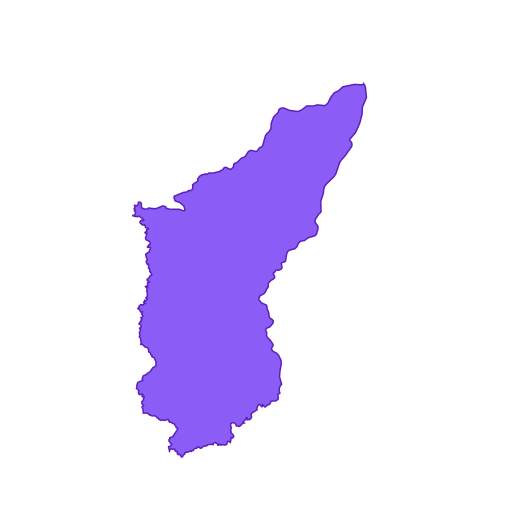 outline of Apiacás, Mato Grosso, Brazil, rotated 47°
{"feature_id": "56859067B14827025297108", "entity_name": "Apiacás", "entity_type": "district", "adm_level": 2, "iso_a3": "BRA", "parent_name": "Brazil", "parent_adm1": "Mato Grosso", "projection": "albers", "projection_center": [-57.774, -8.585], "detail": "fine", "context": "isolated", "style": "filled", "palette": "violet", "viewbox_px": 512, "rotation_deg": 47, "n_neighbors": 0, "source": "geoboundaries", "source_scale": "gbopen_adm2", "svg_char_len": 6153}
<svg xmlns="http://www.w3.org/2000/svg" viewBox="0 0 512 512"><g transform="rotate(47 256 256)"><path d="M155.7,290.2L153.2,296.8L150.1,299.9L147.8,301.6L147.1,304.0L145.8,305.4L143.1,306.7L141.5,306.0L139.5,304.1L138.0,303.9L136.7,304.8L136.6,305.4L138.1,307.6L138.2,308.5L136.1,310.3L138.0,311.5L138.3,312.9L139.5,312.7L139.8,314.0L141.9,314.1L143.5,317.0L142.4,318.0L142.5,318.6L144.3,317.7L146.4,315.8L147.3,314.1L149.9,313.9L151.0,313.3L153.1,313.5L152.9,314.8L151.6,315.3L151.8,317.5L152.7,318.2L156.2,317.8L157.0,316.2L160.1,317.3L161.4,316.2L162.6,316.0L162.9,316.5L162.1,318.0L163.4,318.9L163.4,320.0L163.0,320.3L163.2,321.3L164.3,321.3L165.2,320.3L167.4,324.5L168.9,325.4L173.0,324.0L174.3,324.5L175.2,325.7L174.8,326.8L175.4,329.3L175.8,329.5L177.2,327.4L178.1,327.5L180.1,331.7L179.4,335.1L179.7,335.7L182.8,337.5L184.2,337.7L184.7,338.2L184.9,339.8L186.9,341.1L188.0,341.1L188.6,340.2L191.7,342.9L193.0,342.6L195.0,344.4L195.9,344.2L198.7,345.0L198.2,347.2L198.9,348.1L198.9,351.5L199.2,352.1L202.2,351.8L201.4,353.0L201.7,353.7L204.6,356.2L203.4,356.5L202.9,357.6L206.4,358.3L206.9,359.9L207.7,360.0L210.6,362.1L211.4,363.7L211.4,365.0L211.9,365.2L213.1,364.6L213.5,365.0L213.6,367.0L212.5,367.6L213.2,368.0L213.1,369.6L215.0,369.3L214.5,370.8L214.9,371.7L212.9,373.4L213.0,375.8L214.0,376.9L213.8,378.2L216.8,377.7L217.2,378.2L218.4,378.5L219.4,377.1L220.5,378.6L220.3,379.2L222.7,379.5L223.1,380.5L222.6,382.2L223.9,382.3L224.3,383.4L224.9,383.2L225.1,385.4L225.8,385.6L225.5,386.9L225.8,387.9L227.2,387.5L229.1,387.8L229.7,388.8L229.4,390.2L229.7,390.6L230.4,390.3L230.9,390.7L231.8,391.7L232.4,393.5L234.4,394.7L235.6,396.5L236.4,396.3L238.0,396.9L239.0,397.9L240.9,398.7L242.0,400.6L243.5,399.3L247.0,399.2L249.1,397.9L251.0,398.2L252.8,399.9L254.7,399.3L256.0,400.1L257.9,399.9L258.6,400.8L261.1,399.9L265.8,401.6L266.5,402.7L267.8,403.6L267.9,406.0L267.3,407.4L268.4,412.5L267.8,415.1L267.8,417.7L267.0,418.9L266.8,420.5L268.3,423.2L269.1,423.3L269.8,424.1L268.6,426.3L267.9,428.8L269.5,431.7L270.6,432.3L271.3,433.8L274.5,433.4L275.4,434.9L277.2,435.9L278.0,435.7L279.6,433.1L280.2,433.2L280.7,435.0L282.0,434.8L282.2,433.7L282.7,433.7L284.7,437.3L284.6,438.6L285.5,439.8L286.8,440.2L288.5,440.0L288.6,442.3L291.9,443.7L293.9,445.6L296.3,443.2L297.6,442.4L299.8,442.3L300.1,441.7L302.0,441.1L304.1,438.8L305.9,438.4L306.9,438.8L308.1,438.0L309.1,438.5L311.6,437.5L312.1,436.2L313.6,435.3L315.0,433.0L315.3,431.7L316.6,431.9L317.6,432.5L318.7,432.5L320.1,431.1L321.3,431.3L322.8,430.3L326.2,430.8L326.7,431.3L329.2,431.1L331.3,440.2L330.1,443.1L330.9,443.6L331.1,445.1L332.1,445.9L333.8,445.9L334.3,446.3L336.2,445.9L336.7,448.2L335.8,450.0L339.6,452.3L338.9,450.5L339.3,449.3L340.4,448.8L341.8,447.2L343.3,448.1L344.6,447.7L344.9,447.1L346.0,447.5L346.5,447.3L347.0,448.5L348.7,448.0L349.2,447.0L352.2,447.6L352.7,446.4L352.0,445.2L352.3,443.1L351.4,441.9L351.5,441.1L352.7,440.3L353.9,436.9L354.8,436.6L354.6,436.0L355.5,434.5L355.0,433.5L355.0,432.0L356.1,430.6L356.2,428.1L358.4,427.9L359.2,427.1L359.3,424.6L359.9,422.7L360.5,422.6L361.2,421.5L361.0,420.1L363.3,417.0L364.7,416.2L364.0,414.4L364.6,413.1L367.9,412.0L367.9,412.7L368.5,412.9L369.0,412.2L368.7,411.2L369.7,410.6L370.3,410.7L371.8,408.5L373.1,407.7L373.9,406.1L372.2,403.3L373.2,402.3L374.9,401.9L371.9,398.0L373.1,397.3L373.1,395.7L371.9,394.8L367.7,394.7L367.1,393.7L365.7,392.9L364.8,391.1L363.0,390.5L361.3,388.6L362.4,386.1L364.3,385.5L367.0,386.2L368.3,384.9L369.3,384.5L369.5,382.1L369.2,380.2L370.1,378.5L368.9,378.8L368.5,378.4L368.5,375.6L367.7,373.1L368.1,372.8L368.8,373.8L369.8,374.2L370.3,373.0L371.2,372.6L371.4,370.8L370.9,369.1L369.6,368.6L368.0,366.7L369.2,360.0L367.7,359.0L366.4,355.5L367.2,354.6L370.1,354.6L370.4,354.2L369.2,353.3L369.1,352.6L372.5,352.5L372.8,351.7L372.8,349.1L373.8,347.2L372.5,343.8L375.5,340.3L375.9,337.6L374.7,336.2L372.1,334.5L372.7,332.2L370.1,330.7L367.9,328.1L367.2,324.7L360.4,321.2L356.6,317.1L352.4,311.4L349.4,308.9L343.6,307.1L340.9,307.3L337.2,308.6L335.1,308.3L333.9,307.3L333.4,305.0L332.2,303.8L327.2,303.0L322.9,303.2L321.8,302.8L318.8,300.1L316.8,299.6L316.2,298.6L316.2,296.9L317.3,294.3L317.1,292.2L316.6,289.0L315.0,287.5L313.2,287.5L311.1,288.1L309.4,287.8L306.0,285.3L302.5,284.0L300.0,282.2L298.9,281.9L293.9,284.0L289.7,283.6L288.3,282.0L288.5,281.5L287.8,280.8L289.0,275.5L288.5,273.0L287.5,270.9L287.1,268.4L284.7,266.0L284.1,264.6L284.0,261.8L284.7,259.0L284.5,257.0L283.1,256.1L280.9,255.5L280.3,254.6L280.5,253.1L280.0,251.0L281.9,249.0L282.7,246.8L282.6,245.5L282.1,244.7L278.7,242.6L278.5,241.4L279.8,239.2L279.9,237.9L275.2,231.9L274.3,229.2L274.4,227.8L277.2,222.6L277.1,219.8L275.6,216.1L275.5,213.4L277.8,209.9L278.1,205.8L281.1,199.8L281.4,198.0L281.2,196.8L278.8,192.7L277.4,191.1L275.9,190.3L271.6,189.8L269.9,188.2L268.2,181.9L268.2,179.2L267.8,178.1L260.2,171.4L255.9,163.7L253.9,161.6L252.0,158.8L251.4,155.7L251.1,144.3L250.1,141.1L244.9,131.5L244.0,128.5L243.5,122.9L241.3,111.9L240.6,110.4L239.3,109.3L238.3,108.7L235.4,108.6L234.6,108.0L233.7,99.9L232.6,96.4L229.4,89.2L224.7,81.8L219.5,76.4L215.5,67.2L207.2,60.9L204.9,59.9L203.2,59.7L203.5,60.9L202.9,62.0L197.7,66.9L191.5,77.1L191.5,82.7L190.0,87.5L190.9,92.9L193.2,99.1L193.2,102.9L187.3,108.1L185.4,111.8L180.9,116.5L180.3,123.2L178.8,126.9L172.5,132.1L166.6,134.8L164.9,137.0L164.6,138.4L164.7,139.7L166.1,141.7L166.4,148.4L169.3,154.3L173.0,158.2L174.1,162.0L173.9,164.7L174.5,167.1L179.8,175.8L180.1,177.2L179.2,179.7L180.0,183.6L179.4,184.8L175.2,187.7L174.4,190.2L175.9,196.4L174.5,200.0L174.7,206.3L173.6,208.6L173.9,209.9L175.5,211.8L175.6,214.5L175.1,215.6L174.0,216.3L171.0,217.3L170.1,218.1L169.7,219.2L170.2,221.7L169.4,223.8L169.4,225.5L168.4,226.6L166.4,230.4L163.2,233.8L162.8,236.3L162.2,237.0L161.6,236.8L159.5,240.9L159.2,243.0L160.0,246.3L161.1,247.1L161.5,248.6L160.7,251.8L160.7,253.8L162.6,255.3L164.0,257.7L163.8,258.9L162.7,259.8L162.2,261.0L161.8,263.4L160.1,265.5L156.5,274.9L157.1,276.0L160.5,277.6L164.9,275.3L170.1,274.6L173.6,276.3L174.0,277.5L173.0,278.5L169.5,280.3L163.1,287.1L159.9,289.1L158.8,288.5L157.7,288.7L155.7,290.2Z" fill="#8b5cf6" stroke="#5b21b6" stroke-width="1.5"/></g></svg>